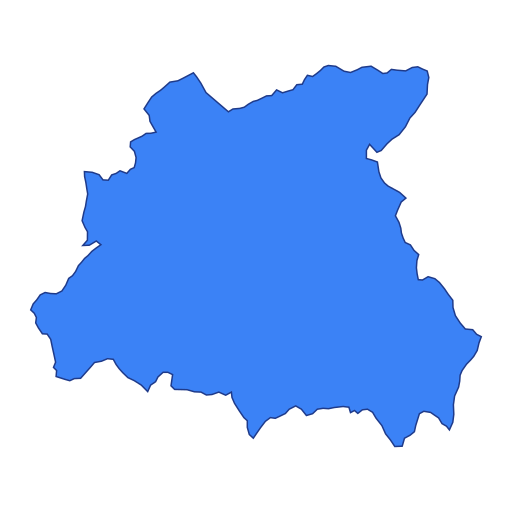 Bragança Paulista, São Paulo, Brazil (Robinson projection)
{"feature_id": "56859067B47210019217974", "entity_name": "Bragança Paulista", "entity_type": "district", "adm_level": 2, "iso_a3": "BRA", "parent_name": "Brazil", "parent_adm1": "São Paulo", "projection": "robinson", "projection_center": [-46.559, -22.936], "detail": "fine", "context": "isolated", "style": "filled", "palette": "blue", "viewbox_px": 512, "rotation_deg": 0, "n_neighbors": 0, "source": "geoboundaries", "source_scale": "gbopen_adm2", "svg_char_len": 3318}
<svg xmlns="http://www.w3.org/2000/svg" viewBox="0 0 512 512"><path d="M442.0,423.6L446.5,426.2L449.4,429.9L452.8,422.3L453.8,414.3L453.4,404.8L454.6,396.0L458.6,387.1L459.7,381.2L460.1,375.2L462.1,370.5L466.5,364.2L470.7,359.9L473.7,356.4L477.2,350.5L479.0,342.9L481.3,336.7L476.6,334.3L472.7,329.7L465.3,329.0L460.1,322.9L455.4,315.7L453.0,307.6L452.8,300.3L448.2,294.3L444.5,288.8L439.5,282.6L434.9,278.7L428.1,276.7L422.5,280.0L418.3,279.7L417.1,273.7L416.4,267.8L416.9,260.6L418.7,254.6L414.0,250.4L410.4,244.9L405.2,242.5L403.1,238.0L401.4,233.0L400.8,228.2L399.0,222.4L395.4,215.8L397.6,210.1L401.2,202.0L405.9,198.1L399.6,192.4L388.1,186.1L384.5,183.0L380.9,177.9L378.9,171.8L377.4,162.0L371.6,159.9L366.4,158.5L366.4,150.2L369.6,144.3L376.9,152.3L381.2,150.5L387.1,143.7L392.1,139.1L399.1,134.7L405.4,126.8L409.9,118.0L415.1,112.3L419.8,105.0L427.0,94.1L427.5,84.5L428.8,77.5L427.2,71.0L422.8,69.2L417.8,66.8L412.2,67.5L405.7,70.9L397.0,70.2L391.4,69.4L387.1,73.0L382.8,73.5L378.1,70.4L371.1,66.2L361.9,67.3L357.4,69.7L350.5,72.5L344.0,71.2L335.8,66.3L328.3,65.5L323.9,67.0L320.4,70.5L316.6,73.6L312.6,76.5L307.4,75.3L304.5,79.6L302.3,84.2L296.8,84.7L293.0,89.7L288.4,91.0L282.5,92.8L276.6,89.9L271.7,95.6L266.5,95.9L261.9,98.2L257.3,100.4L253.3,101.4L248.4,104.2L244.3,107.2L239.8,108.4L232.9,109.0L228.4,111.8L206.0,92.6L200.8,83.1L196.5,76.7L193.4,72.8L182.9,78.3L177.9,80.8L169.9,82.1L164.0,87.4L160.4,90.4L156.1,93.3L151.7,97.0L148.3,102.1L144.0,108.9L149.2,115.4L150.0,121.4L153.4,127.4L156.1,132.1L150.8,133.3L146.1,133.4L142.1,136.2L134.4,139.6L130.6,141.9L130.2,146.9L134.4,151.3L136.1,157.6L135.5,163.0L134.2,167.6L130.4,169.3L126.8,173.4L120.0,170.8L116.2,173.4L111.7,174.9L108.3,180.2L103.0,179.9L99.1,174.7L92.2,172.3L84.4,171.6L84.6,176.5L85.9,182.7L86.8,188.7L87.7,194.0L86.4,200.8L85.5,206.5L83.9,212.1L82.1,220.7L85.0,227.4L87.5,231.7L87.4,240.2L82.8,245.5L89.3,245.2L96.3,241.0L100.9,244.7L95.8,248.3L91.8,251.4L88.0,255.6L84.6,258.4L81.5,262.3L78.5,265.5L75.6,271.5L72.5,275.7L68.7,278.4L65.8,285.2L61.9,291.0L56.3,293.8L50.5,293.5L45.1,292.5L40.2,294.9L36.8,299.8L33.2,303.9L30.7,309.9L34.3,313.3L36.4,317.5L35.7,322.9L38.4,327.9L42.4,333.8L47.2,334.1L50.7,339.3L52.1,346.1L54.1,355.2L55.6,362.2L53.5,367.4L56.6,370.5L56.1,376.5L60.1,377.8L65.1,379.4L69.8,380.7L74.3,378.6L80.6,378.3L85.5,372.8L90.2,367.5L94.5,362.5L101.5,361.2L107.5,358.7L113.3,359.3L116.1,364.5L119.2,368.7L122.7,372.6L127.9,377.6L134.2,380.6L141.3,385.1L147.7,391.6L150.6,385.1L155.6,381.7L157.9,377.0L163.1,372.3L167.9,372.3L172.6,374.6L171.9,379.6L171.0,385.8L174.6,389.4L187.1,389.7L194.4,391.8L201.0,392.1L206.4,395.0L212.0,394.5L218.8,392.1L225.7,395.2L231.4,392.1L232.0,397.5L234.5,403.3L239.4,411.0L243.9,417.6L247.3,420.7L247.3,427.4L249.3,434.5L253.3,438.2L256.9,432.9L260.5,427.7L265.4,421.3L270.4,417.6L275.3,418.3L279.6,416.3L285.4,413.5L289.2,409.2L295.7,405.9L301.4,409.2L306.4,415.5L312.6,413.7L317.3,409.2L323.1,408.3L328.5,408.7L334.3,407.5L343.1,406.5L348.9,407.2L350.5,412.6L354.5,410.5L357.8,413.4L362.4,409.8L367.5,409.2L372.6,412.3L376.0,418.1L381.9,425.6L385.6,433.9L390.4,439.9L394.8,446.5L402.2,446.2L404.5,438.2L410.1,435.2L414.4,431.7L415.7,425.6L417.4,420.1L419.4,413.7L423.8,411.3L430.6,412.4L434.6,415.2L438.6,417.9L442.0,423.6Z" fill="#3b82f6" stroke="#1e3a8a" stroke-width="1.5"/></svg>